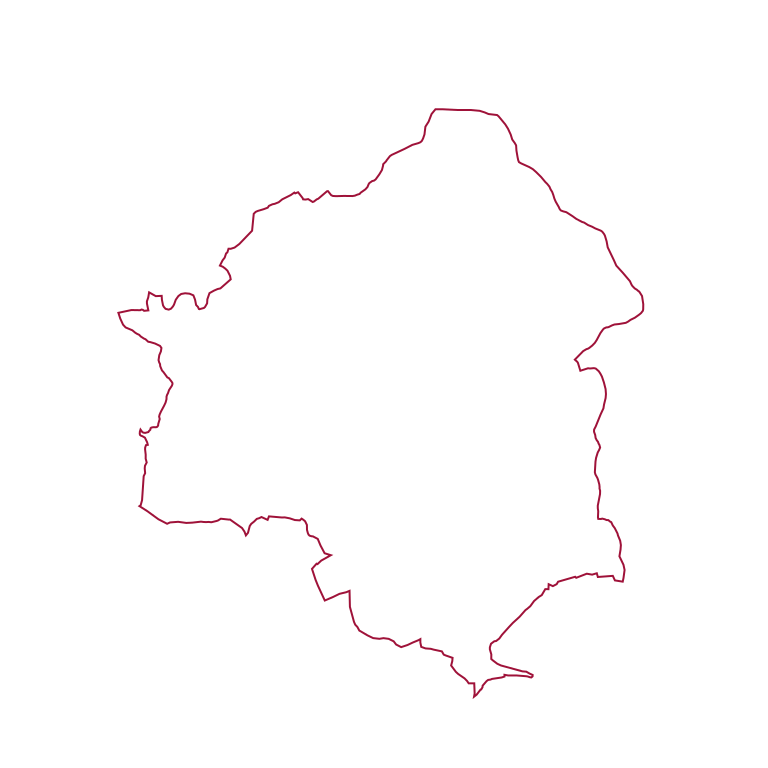 outline of Poiana Ilvei, Bistrita-Nasaud, Romania, rotated 282°
{"feature_id": "2599482B95786462044343", "entity_name": "Poiana Ilvei", "entity_type": "district", "adm_level": 2, "iso_a3": "ROU", "parent_name": "Romania", "parent_adm1": "Bistrita-Nasaud", "projection": "orthographic", "projection_center": [24.751, 47.354], "detail": "fine", "context": "isolated", "style": "outline", "palette": "rose", "viewbox_px": 768, "rotation_deg": 282, "n_neighbors": 0, "source": "geoboundaries", "source_scale": "gbopen_adm2", "svg_char_len": 6152}
<svg xmlns="http://www.w3.org/2000/svg" viewBox="0 0 768 768"><g transform="rotate(282 384 384)"><path d="M240.3,658.6L244.0,658.6L252.1,658.0L257.0,655.8L264.4,650.1L271.2,649.8L275.7,649.2L279.8,647.6L284.6,644.3L286.3,643.5L291.0,639.7L293.2,637.2L296.1,635.0L296.5,633.5L297.5,631.8L297.2,629.9L297.6,628.1L297.7,625.4L297.1,624.4L296.6,621.6L298.1,621.0L304.1,620.0L306.8,619.0L309.4,618.4L321.2,618.2L324.5,617.6L326.7,616.5L328.0,616.3L330.5,615.5L334.8,613.3L336.5,612.2L339.5,609.6L341.5,608.6L352.1,607.0L355.8,606.8L361.5,607.3L364.1,608.1L366.8,608.6L369.3,607.3L370.3,606.3L372.0,605.3L373.1,603.9L375.2,602.2L378.0,601.2L380.9,599.4L382.3,599.1L383.2,599.0L386.4,599.9L399.3,602.2L405.8,603.7L409.6,603.5L416.3,603.7L420.3,603.2L425.1,601.8L431.2,598.8L436.6,595.6L439.1,593.5L441.1,591.5L443.1,588.0L443.2,586.9L443.1,585.8L442.0,582.3L441.8,580.3L437.8,573.3L445.0,569.3L445.9,568.4L447.5,565.6L457.6,572.0L460.2,574.8L460.9,576.1L461.9,577.2L464.9,579.7L468.1,581.7L471.2,582.9L478.8,585.1L482.9,586.9L484.1,587.7L485.6,589.7L485.9,590.9L486.4,591.9L488.7,594.8L490.1,597.0L491.5,601.3L494.1,607.8L495.7,609.7L498.0,611.8L501.0,615.6L504.8,619.1L506.8,620.7L509.5,622.0L510.9,622.0L516.0,621.0L523.7,618.1L527.5,614.4L527.6,613.8L528.8,611.7L529.6,609.4L531.5,606.6L532.7,605.4L535.7,603.2L542.5,594.4L548.1,586.6L552.8,583.2L564.2,574.4L569.8,572.1L575.1,569.2L576.5,568.0L578.3,565.9L578.9,564.7L579.2,563.5L580.1,558.3L581.1,554.9L581.9,550.5L583.5,546.2L583.7,544.0L585.5,537.7L587.4,533.4L589.8,527.1L590.0,526.3L590.1,523.6L590.5,521.0L591.1,520.1L592.1,519.1L593.3,518.3L598.1,514.0L600.8,512.1L604.1,510.3L606.8,508.6L609.0,506.5L611.4,504.8L613.7,502.0L615.1,499.8L619.1,494.7L622.9,488.8L625.1,484.9L626.4,481.0L628.3,472.3L629.1,469.9L630.7,468.8L633.6,467.5L639.9,465.0L644.9,463.6L647.0,461.7L649.8,458.6L654.3,456.1L659.5,452.2L663.2,448.6L669.7,440.4L670.6,438.7L669.8,430.1L670.6,426.0L671.1,420.8L670.1,412.2L667.4,399.5L665.0,384.7L663.4,377.2L658.0,374.4L649.9,373.1L644.3,371.0L636.6,371.7L632.4,371.2L629.7,370.5L628.1,369.4L626.8,367.6L623.8,362.0L618.3,355.3L609.7,343.9L608.1,342.4L603.2,340.0L602.2,339.7L598.8,337.5L597.5,337.7L592.9,337.5L588.0,335.8L582.4,333.3L580.9,332.0L580.0,330.2L577.5,327.9L576.2,327.4L573.3,326.9L572.4,326.4L570.5,325.3L566.3,321.4L564.8,320.6L563.6,318.4L562.2,316.4L561.3,314.1L559.6,305.6L557.8,298.2L557.3,294.9L557.7,293.1L561.0,289.1L560.7,288.2L551.6,281.2L550.6,279.8L547.9,277.5L547.2,276.4L549.1,271.4L548.1,268.9L547.8,266.5L549.0,265.7L553.7,260.1L552.0,257.5L552.6,256.5L549.4,253.5L543.5,246.1L539.9,243.2L537.5,239.6L536.6,237.5L534.3,234.4L532.3,233.6L530.0,230.0L527.0,224.5L525.7,222.7L523.4,221.2L506.5,223.1L490.9,213.4L486.4,209.5L484.4,206.0L484.0,203.8L480.1,203.4L478.9,202.4L474.5,201.9L471.4,200.4L465.7,198.9L465.2,201.9L463.9,204.7L462.3,207.3L457.8,210.9L454.5,212.3L443.5,204.1L442.3,201.5L440.0,198.3L436.6,194.4L430.1,193.6L426.1,194.2L422.1,192.9L420.9,192.0L418.8,187.9L418.9,187.3L420.7,186.0L422.2,183.8L427.3,181.6L431.1,179.1L431.9,175.0L431.4,170.6L429.9,166.9L427.3,164.6L423.1,162.8L418.0,162.1L415.9,161.4L413.4,160.0L412.0,158.0L412.1,154.7L413.7,152.6L415.0,151.5L420.1,149.3L424.0,148.2L422.5,142.5L424.8,135.2L419.6,135.4L415.6,134.9L413.4,135.4L407.0,138.2L405.7,134.1L406.4,132.7L406.4,131.3L405.5,130.2L403.8,121.5L398.4,109.4L393.2,112.4L387.8,116.4L385.6,119.5L384.2,126.7L382.4,130.1L381.7,132.1L381.2,134.3L379.9,136.2L378.5,139.8L378.2,141.4L376.3,144.6L376.4,146.6L376.0,151.6L374.7,157.0L373.0,158.8L369.5,159.0L365.5,158.2L360.5,158.5L358.4,159.6L356.9,160.8L354.9,161.4L351.1,164.0L349.8,165.8L345.4,170.7L345.0,172.4L342.0,175.9L340.9,176.9L339.8,177.1L338.3,176.9L333.4,175.0L330.0,174.6L328.4,174.1L326.5,173.9L323.9,174.4L320.4,174.2L317.0,173.4L310.8,171.6L307.6,170.9L305.4,170.8L303.1,171.9L298.0,171.5L296.4,171.7L295.0,171.1L294.3,170.0L293.8,167.3L293.0,165.5L292.3,164.9L290.6,164.9L289.1,163.9L288.0,163.5L286.5,160.5L286.4,158.6L286.8,157.5L288.8,155.3L286.8,155.1L284.6,155.4L283.5,155.9L282.9,157.0L282.7,158.5L281.8,161.3L277.8,164.4L275.4,165.6L274.7,163.9L272.2,163.6L270.4,163.9L265.3,165.6L261.4,166.4L257.9,168.2L254.3,167.2L251.7,167.5L247.1,168.9L243.9,168.1L220.1,171.5L214.8,171.2L213.7,170.2L210.5,178.7L204.8,191.5L202.2,200.9L204.1,203.5L206.4,211.3L207.0,219.5L208.5,225.2L211.3,233.6L211.5,236.0L211.9,238.6L212.6,241.1L212.9,243.9L215.2,248.7L215.9,249.9L218.3,252.4L219.1,260.3L219.4,261.6L213.6,275.1L210.6,278.2L207.2,280.4L210.2,281.9L217.1,282.2L219.6,283.2L222.4,285.5L225.6,287.6L226.8,289.8L228.4,291.8L226.9,298.4L230.6,299.0L232.2,311.9L232.9,314.7L233.0,319.8L232.4,325.1L233.1,330.0L235.2,331.4L234.4,333.4L233.3,335.4L230.1,337.9L225.3,339.0L222.4,340.5L221.0,341.5L220.2,342.7L220.0,344.9L220.2,346.1L218.7,351.4L212.8,355.5L206.1,361.1L205.5,367.6L198.2,359.3L194.0,356.4L194.2,355.4L188.2,352.0L178.2,357.8L173.0,361.3L159.9,371.1L165.2,378.6L169.5,384.1L172.5,390.4L174.5,393.3L158.9,397.0L145.1,404.1L142.6,405.9L140.8,408.5L137.7,411.1L134.7,420.1L133.2,426.2L133.8,432.5L135.3,436.3L135.7,441.6L134.3,447.0L131.7,450.0L130.2,455.5L133.6,461.3L137.1,465.9L140.6,471.0L142.0,472.6L138.7,473.3L134.6,475.1L134.0,479.6L134.7,484.8L134.5,487.8L134.5,496.2L131.7,498.7L131.3,500.8L130.4,508.0L127.1,508.4L122.6,508.2L117.4,514.1L115.8,516.8L112.8,524.0L110.8,527.0L108.8,529.1L110.0,534.5L100.2,537.0L96.9,537.1L99.4,539.2L105.2,542.0L105.4,542.6L107.9,543.4L109.4,543.2L114.7,546.1L116.2,547.4L117.0,549.6L118.0,551.0L121.4,560.1L122.9,562.7L124.6,562.3L124.7,565.9L126.5,574.5L127.7,583.7L127.8,585.3L127.5,587.8L127.6,589.1L128.9,590.1L130.3,589.9L131.0,586.7L132.2,583.0L131.7,579.2L133.0,556.9L133.9,553.0L136.3,547.9L137.3,546.1L141.8,545.2L146.5,542.7L148.5,542.3L152.2,542.7L155.3,545.4L155.9,547.1L159.0,549.7L163.3,551.6L172.3,556.8L177.1,559.7L184.5,565.0L192.3,569.4L193.6,570.6L197.1,573.3L202.9,575.9L207.8,579.6L210.3,582.2L216.9,584.4L217.5,587.5L222.4,586.7L221.4,591.2L224.1,594.5L226.8,595.4L235.2,611.1L234.4,612.3L240.6,621.8L240.8,627.2L243.1,631.5L239.7,633.3L243.9,647.7L239.9,650.7L240.3,658.6Z" fill="none" stroke="#9f1239" stroke-width="2"/></g></svg>